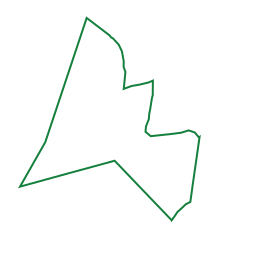 Dubrassay, Castries, Saint Lucia (Equal Earth projection), rotated 199°
{"feature_id": "8701671B353408445184", "entity_name": "Dubrassay", "entity_type": "district", "adm_level": 2, "iso_a3": "LCA", "parent_name": "Saint Lucia", "parent_adm1": "Castries", "projection": "equal_earth", "projection_center": [-60.973, 13.984], "detail": "fine", "context": "isolated", "style": "outline", "palette": "green", "viewbox_px": 256, "rotation_deg": 199, "n_neighbors": 0, "source": "geoboundaries", "source_scale": "gbopen_adm2", "svg_char_len": 664}
<svg xmlns="http://www.w3.org/2000/svg" viewBox="0 0 256 256"><g transform="rotate(199 128 128)"><path d="M211.0,37.4L170.7,65.0L130.0,92.7L56.9,55.1L56.7,54.9L55.3,59.4L53.9,64.7L50.7,70.5L48.4,74.9L45.0,78.3L46.9,88.2L48.2,94.7L53.6,123.0L57.4,142.7L57.8,142.1L63.3,145.5L69.8,145.5L76.3,140.8L86.0,136.0L103.8,127.7L110.2,130.1L111.5,135.3L111.2,143.2L112.7,149.1L113.0,152.2L115.1,163.9L115.3,167.1L119.9,180.9L123.3,177.8L131.0,172.9L138.4,168.8L144.8,163.6L145.4,166.4L148.7,180.2L152.0,184.3L153.8,189.8L158.7,198.5L163.8,203.7L171.3,207.8L173.6,208.2L175.4,209.5L202.9,218.6L201.6,87.7L211.0,37.4Z" fill="none" stroke="#15803d" stroke-width="2"/></g></svg>